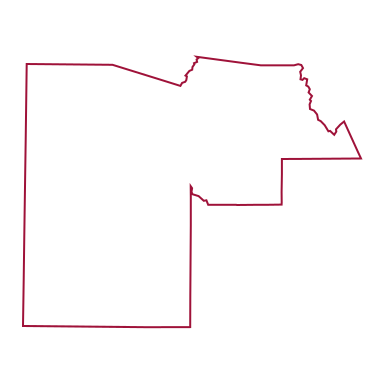 Maricopa, Arizona, United States of America
{"feature_id": "52423323B41946106713870", "entity_name": "Maricopa", "entity_type": "district", "adm_level": 2, "iso_a3": "USA", "parent_name": "United States of America", "parent_adm1": "Arizona", "projection": "albers", "projection_center": [-111.877, 33.277], "detail": "fine", "context": "isolated", "style": "outline", "palette": "rose", "viewbox_px": 384, "rotation_deg": 0, "n_neighbors": 0, "source": "geoboundaries", "source_scale": "gbopen_adm2", "svg_char_len": 1092}
<svg xmlns="http://www.w3.org/2000/svg" viewBox="0 0 384 384"><path d="M25.2,173.0L24.3,235.1L23.7,279.9L23.0,326.0L146.8,327.2L190.2,327.1L190.3,296.1L190.8,225.4L190.8,197.3L190.7,186.2L192.1,188.2L191.5,191.8L192.4,194.2L198.6,196.1L203.8,200.8L206.4,200.3L208.2,204.8L236.2,204.8L236.8,205.0L256.4,204.8L266.6,204.8L274.1,204.7L281.6,204.6L281.7,202.3L281.6,192.0L281.9,174.2L281.9,162.8L281.9,159.0L302.1,158.9L361.0,158.5L358.2,152.5L344.1,121.5L340.2,124.7L336.0,129.3L336.3,131.6L334.2,134.8L330.1,130.9L328.4,131.3L324.7,125.2L320.7,121.1L318.1,119.8L317.1,114.5L314.0,110.6L310.0,109.0L309.6,104.3L311.0,101.0L309.8,99.7L312.0,96.0L308.6,92.5L309.8,89.2L308.3,86.6L306.2,85.4L307.2,79.3L304.2,78.2L302.5,79.9L300.5,79.3L301.0,75.4L300.2,71.8L303.0,68.1L301.3,65.0L298.2,64.2L294.1,65.3L260.6,65.3L240.7,62.7L196.7,56.8L198.3,58.1L196.6,59.5L197.1,61.9L194.0,63.2L194.4,64.3L192.5,67.0L192.2,69.7L189.4,70.9L185.5,75.6L186.9,76.4L186.3,80.1L185.2,81.8L182.1,82.9L180.4,85.9L158.3,79.0L112.5,64.8L26.7,64.0L25.7,139.9L25.2,173.0Z" fill="none" stroke="#9f1239" stroke-width="2"/></svg>